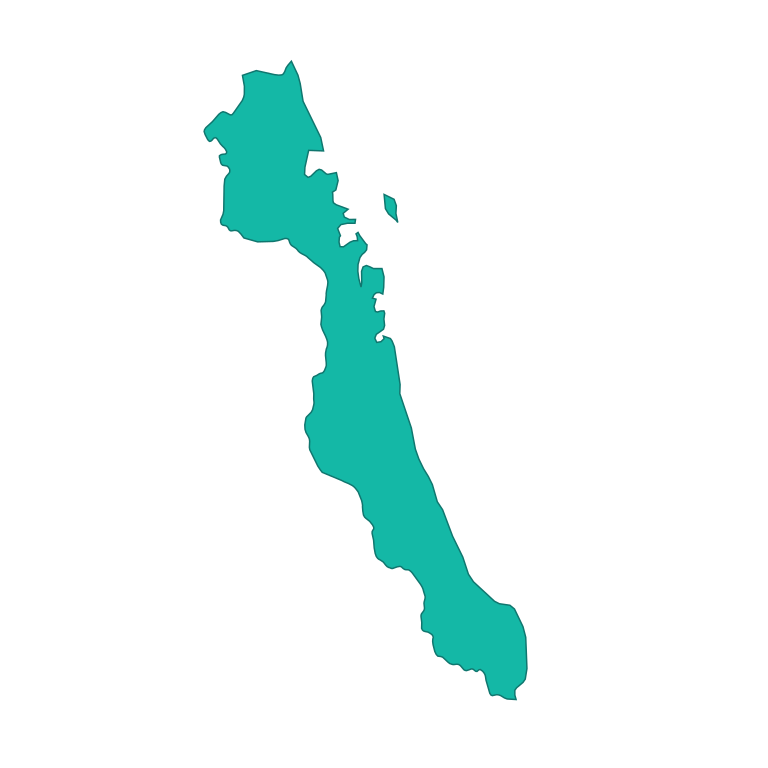 outline of Ranong, rotated 144°
{"feature_id": "THA-379", "entity_name": "Ranong", "entity_type": "Province", "adm_level": 1, "iso_a3": "THA", "parent_name": "Thailand", "parent_adm1": "", "projection": "robinson", "projection_center": [98.727, 10.047], "detail": "fine", "context": "isolated", "style": "filled", "palette": "teal", "viewbox_px": 768, "rotation_deg": 144, "n_neighbors": 0, "source": "natural_earth", "source_scale": "10m", "svg_char_len": 5028}
<svg xmlns="http://www.w3.org/2000/svg" viewBox="0 0 768 768"><g transform="rotate(144 384 384)"><path d="M410.5,247.8L418.0,220.5L422.0,197.6L427.5,180.5L427.9,171.4L422.3,143.2L419.8,138.4L412.2,131.0L410.7,125.3L414.2,106.0L418.2,95.8L435.6,69.8L443.2,62.2L446.9,60.9L455.3,60.3L458.2,59.3L461.0,55.4L462.6,51.1L469.5,56.8L471.1,59.3L472.7,63.2L473.6,64.6L474.5,65.6L475.6,66.5L479.5,68.2L480.3,69.5L480.2,71.6L475.6,84.3L474.3,86.8L473.6,88.2L473.1,89.7L472.9,91.7L473.0,93.7L474.0,96.5L475.3,97.0L477.7,96.8L478.6,97.6L479.1,99.0L479.4,100.5L480.2,101.7L481.3,102.3L482.9,102.7L485.7,103.6L486.7,104.6L487.3,105.8L487.7,111.0L488.1,112.5L488.9,113.7L489.9,114.6L492.5,116.0L493.5,116.9L495.1,119.2L495.7,121.2L497.1,128.5L498.2,130.1L500.4,132.2L500.7,134.5L500.1,137.8L497.5,144.3L495.9,147.2L494.3,149.1L493.2,149.9L492.6,151.3L492.5,153.2L493.5,155.9L494.3,157.5L496.4,159.8L497.2,161.0L497.5,162.4L497.2,164.2L493.6,168.9L490.8,174.0L489.9,175.2L488.8,176.0L484.8,177.3L483.7,178.1L482.9,179.0L480.6,183.0L479.7,184.0L476.8,186.4L476.2,187.1L475.6,187.9L473.8,193.1L473.1,194.8L472.5,197.2L472.2,200.4L472.2,214.7L472.4,216.3L472.8,217.9L473.4,219.3L475.5,220.9L476.4,222.0L477.0,223.7L477.4,225.9L478.3,227.1L479.7,227.8L481.0,228.4L485.5,229.7L486.5,230.5L487.2,231.8L488.1,232.9L488.8,234.5L489.1,236.7L489.2,240.3L490.5,243.9L491.2,245.2L491.6,246.7L491.6,249.0L490.7,252.1L488.3,257.1L484.2,263.8L481.5,270.0L480.4,271.5L479.0,272.3L477.6,272.7L476.5,274.2L476.1,276.7L476.3,281.4L477.6,286.0L477.9,287.8L477.6,290.1L475.8,293.7L473.6,297.3L472.7,298.4L471.7,300.3L470.6,302.8L468.3,311.9L468.4,316.5L468.8,318.9L469.4,320.7L471.3,324.5L473.6,328.2L474.9,330.8L485.9,348.8L486.0,351.9L485.8,356.4L482.7,374.4L481.6,376.6L477.7,381.5L476.6,383.6L476.1,386.0L475.6,390.6L474.5,393.8L472.1,397.5L467.2,402.3L465.9,402.9L459.6,403.9L457.5,404.9L457.0,405.1L453.0,408.5L452.0,409.5L451.2,410.6L449.7,413.2L446.5,417.4L440.3,428.6L438.3,430.5L436.6,431.2L433.5,430.5L430.5,430.3L429.2,430.0L428.1,429.5L426.9,429.1L425.6,429.4L424.4,429.8L420.9,432.0L419.8,432.9L418.2,435.2L414.6,441.4L413.0,443.5L410.0,446.3L408.8,447.0L407.8,447.8L406.7,448.8L405.0,451.1L404.1,453.4L403.2,456.8L401.9,463.8L400.9,467.1L400.0,469.3L395.4,474.4L394.6,475.5L391.7,480.4L390.7,481.3L389.5,482.1L388.2,482.7L386.7,483.0L385.4,483.5L384.1,484.1L382.9,484.9L378.4,490.0L377.6,491.2L375.7,493.2L371.7,496.9L369.9,498.9L369.1,500.1L368.5,501.4L366.3,508.6L366.3,511.5L366.9,515.6L369.5,523.4L371.1,530.4L371.4,532.1L372.0,533.9L374.1,538.1L374.8,539.9L375.2,541.8L375.2,543.5L375.5,545.5L377.4,550.6L377.4,552.6L377.0,554.4L376.5,555.7L376.2,557.2L377.0,558.7L378.6,560.0L385.4,562.3L389.7,564.4L402.7,573.3L411.5,584.5L411.6,589.6L412.1,593.1L412.8,594.4L413.6,595.3L414.7,596.2L417.3,597.5L418.2,598.3L418.6,599.7L418.2,602.7L418.5,604.2L419.2,605.4L420.2,606.3L421.1,607.4L421.6,608.9L421.1,610.8L419.8,612.8L414.5,615.9L411.8,618.4L397.0,638.1L392.4,643.3L389.4,644.7L385.8,645.5L384.5,646.0L383.4,647.1L382.6,648.6L382.5,651.3L383.0,652.8L384.1,653.9L385.1,654.9L386.0,655.9L386.3,657.3L386.1,658.8L383.8,664.3L382.9,665.4L380.9,665.3L379.5,664.7L377.0,663.2L375.7,663.4L374.7,664.5L374.3,667.2L374.4,669.2L374.8,671.0L375.2,674.4L374.9,680.0L375.1,681.6L375.9,682.6L377.1,682.9L378.6,682.7L380.0,682.3L381.4,682.3L382.5,682.8L382.9,684.1L382.9,685.7L382.1,690.9L381.1,694.0L379.7,695.2L377.4,696.1L368.6,697.1L359.1,699.3L356.3,699.4L354.2,698.9L352.5,696.8L350.6,692.9L349.9,691.8L348.7,691.2L346.7,691.6L332.1,696.6L328.8,698.6L326.7,700.5L321.9,707.0L317.1,716.9L303.1,712.6L290.8,698.7L287.7,695.8L285.1,694.2L283.8,694.0L282.8,694.2L280.7,695.1L277.3,697.3L274.2,698.4L269.2,699.6L272.1,684.4L275.2,676.3L283.3,660.3L290.3,620.6L295.9,608.1L307.6,617.3L320.6,605.8L325.1,600.2L324.0,595.8L321.0,595.1L313.4,596.2L310.3,595.8L308.7,593.8L307.2,587.8L306.2,586.6L298.3,583.0L301.6,575.5L308.9,569.3L313.0,569.5L313.8,567.8L317.5,562.4L318.4,560.4L317.3,557.1L310.3,546.5L316.7,546.1L318.0,542.4L315.4,537.5L310.3,533.9L313.0,531.1L319.0,535.5L325.2,538.3L330.1,537.1L332.1,529.5L333.8,529.0L337.0,525.2L338.8,520.9L336.2,518.8L328.1,518.7L324.5,517.8L321.1,515.5L319.3,518.6L318.8,519.9L318.4,521.9L315.9,521.9L316.4,518.3L316.3,508.2L315.9,506.6L319.2,502.8L322.3,501.9L325.5,501.7L329.2,500.4L334.7,496.0L338.9,490.6L342.4,484.1L345.6,475.9L342.4,479.1L335.9,488.4L332.1,491.0L328.6,490.2L326.5,487.0L324.7,483.6L317.8,478.6L321.0,470.7L327.4,462.4L332.1,457.5L333.9,460.7L336.5,462.3L339.4,462.2L342.9,460.3L340.6,457.3L346.6,452.5L348.3,447.7L346.9,446.0L343.9,445.1L341.1,443.2L341.9,440.8L345.9,436.6L349.1,431.0L352.2,428.6L361.0,428.7L364.5,426.5L365.4,421.9L361.6,420.0L357.3,420.6L356.4,423.2L352.1,417.0L352.2,414.0L353.7,408.1L371.3,374.1L376.9,366.9L387.7,332.4L396.9,312.9L399.9,302.8L401.8,292.2L402.5,283.0L404.0,274.2L410.1,257.4L410.5,247.8ZM277.9,509.4L280.3,518.9L279.8,525.0L272.5,537.3L267.3,527.5L269.2,521.0L274.1,515.0L277.9,506.6L277.9,509.4Z" fill="#14b8a6" stroke="#0f766e" stroke-width="1.5"/></g></svg>